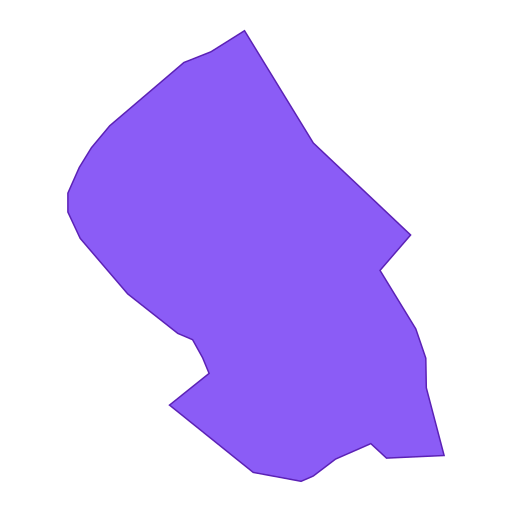 the border of Bloke
{"feature_id": "SVN-254", "entity_name": "Bloke", "entity_type": "Municipality", "adm_level": 1, "iso_a3": "SVN", "parent_name": "Slovenia", "parent_adm1": "", "projection": "mercator", "projection_center": [14.507, 45.785], "detail": "fine", "context": "isolated", "style": "filled", "palette": "violet", "viewbox_px": 512, "rotation_deg": 0, "n_neighbors": 0, "source": "natural_earth", "source_scale": "10m", "svg_char_len": 471}
<svg xmlns="http://www.w3.org/2000/svg" viewBox="0 0 512 512"><path d="M244.5,30.7L313.3,143.0L410.6,235.0L380.0,270.4L415.8,328.9L425.8,358.2L426.3,387.8L444.1,455.5L386.5,458.1L370.8,443.6L335.5,459.1L313.3,476.0L301.1,481.3L253.2,472.4L169.5,405.1L209.1,373.4L202.6,357.7L192.6,339.7L177.8,333.4L127.7,293.9L80.2,238.4L67.9,212.1L67.9,193.1L79.3,167.4L91.5,147.6L109.8,125.7L183.9,62.5L210.9,51.8L244.5,30.7Z" fill="#8b5cf6" stroke="#5b21b6" stroke-width="1.5"/></svg>